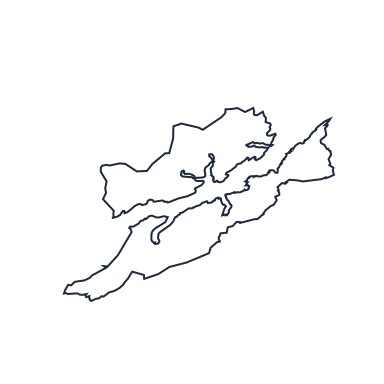 the district of Høyanger nor, Sogn og Fjordane, Norway, rotated 160°
{"feature_id": "86288312B43013877276358", "entity_name": "Høyanger nor", "entity_type": "district", "adm_level": 2, "iso_a3": "NOR", "parent_name": "Norway", "parent_adm1": "Sogn og Fjordane", "projection": "natural_earth1", "projection_center": [5.813, 61.125], "detail": "fine", "context": "isolated", "style": "outline", "palette": "slate", "viewbox_px": 384, "rotation_deg": 160, "n_neighbors": 0, "source": "geoboundaries", "source_scale": "gbopen_adm2", "svg_char_len": 6076}
<svg xmlns="http://www.w3.org/2000/svg" viewBox="0 0 384 384"><g transform="rotate(160 192 192)"><path d="M52.7,159.6L52.3,164.1L50.8,166.4L53.8,170.3L52.4,171.2L52.4,176.2L48.8,179.2L48.2,180.4L48.4,181.4L47.9,183.0L48.5,183.1L49.1,184.6L49.1,185.9L50.5,186.2L51.3,190.6L54.1,194.0L53.4,196.8L48.3,198.5L46.3,199.8L45.2,206.4L42.0,207.9L41.6,208.7L44.3,209.4L38.9,212.0L37.0,213.5L43.3,212.9L52.2,210.0L53.8,209.1L53.5,208.8L54.1,207.9L58.6,206.7L59.6,205.7L61.0,205.2L62.8,203.3L66.9,201.9L68.2,202.2L68.6,201.8L68.2,201.7L68.3,201.3L69.7,200.8L70.2,199.8L71.6,199.7L73.7,201.1L75.1,201.2L79.0,200.2L82.1,197.9L82.4,198.6L84.0,198.5L85.9,197.1L84.9,196.5L87.2,196.3L87.8,196.0L86.9,196.1L86.6,195.6L89.7,195.6L89.5,195.4L90.8,194.6L91.1,193.3L92.7,192.7L93.8,191.3L94.5,191.8L95.0,191.1L96.5,190.5L97.1,189.3L98.6,188.7L98.4,188.2L99.0,187.9L98.6,187.7L100.5,186.9L101.9,185.3L103.6,184.8L103.8,183.2L105.1,180.8L107.1,181.7L107.7,183.9L108.4,184.7L111.3,185.8L113.2,185.1L112.5,185.1L113.1,184.7L112.5,184.1L113.0,183.9L113.3,184.6L115.4,182.8L117.0,182.5L118.7,183.2L122.0,183.0L125.2,184.4L125.6,185.1L127.5,185.0L127.1,185.3L131.9,186.8L133.2,186.5L133.8,186.2L133.5,185.9L135.5,185.3L136.3,184.2L138.2,183.7L136.2,182.2L137.7,181.6L137.6,180.9L138.6,180.3L137.8,180.3L138.1,179.3L136.9,179.1L136.1,177.9L137.3,176.7L137.4,175.9L138.9,175.1L141.7,175.4L141.9,176.3L143.9,175.4L147.2,175.3L150.1,176.5L152.3,176.5L152.8,176.9L152.6,177.3L157.6,177.2L158.5,177.8L161.5,178.1L162.0,177.0L161.5,176.4L161.8,175.6L161.5,175.2L161.9,174.9L161.7,172.8L160.8,171.3L160.3,167.3L159.6,166.5L159.5,165.6L160.2,164.4L163.7,162.1L164.5,160.0L166.7,158.5L166.7,158.9L168.4,158.8L168.2,159.3L169.3,159.6L171.6,159.7L167.3,165.2L165.0,166.9L165.9,169.0L166.8,169.1L167.6,170.8L167.6,174.5L167.0,175.8L167.3,176.4L168.7,176.5L167.9,177.4L168.8,177.0L169.2,177.8L171.7,177.8L173.6,176.8L173.3,176.4L173.6,176.2L175.1,176.5L176.2,175.6L178.1,175.5L181.0,176.4L181.0,178.0L181.8,178.3L186.5,178.1L189.0,177.0L193.4,177.2L195.8,176.7L196.6,177.1L197.3,176.6L200.9,177.7L208.2,175.9L210.2,176.4L211.1,175.1L212.4,175.2L215.2,173.9L216.6,174.0L220.1,170.4L223.8,168.5L236.5,165.0L237.8,164.1L239.7,160.4L239.4,157.2L239.8,156.2L241.6,155.2L244.4,155.8L244.3,156.3L245.2,156.9L245.2,157.4L244.8,157.5L245.5,157.8L246.4,159.6L246.5,160.9L244.9,165.4L243.4,168.0L241.5,169.4L238.6,170.5L227.4,172.8L223.4,176.7L226.7,178.9L231.8,179.4L234.0,180.2L237.8,183.5L240.5,183.9L244.3,182.3L245.1,182.4L245.2,183.0L248.2,182.0L250.2,182.4L252.9,180.6L258.9,179.6L262.3,180.6L263.3,179.5L262.4,178.6L262.4,175.0L283.3,157.9L296.7,150.9L300.2,152.5L298.6,150.2L314.5,147.8L317.0,146.4L320.8,145.9L323.7,145.8L333.0,147.7L337.4,145.6L340.1,147.1L345.0,143.0L347.0,140.4L345.2,140.2L343.5,138.6L334.4,136.0L332.8,134.2L330.5,132.9L326.1,132.2L327.5,131.3L327.3,129.3L324.1,129.3L324.9,127.7L324.5,126.4L325.0,125.6L324.0,124.1L318.9,124.5L315.7,123.9L312.8,125.0L310.8,124.0L304.2,126.0L298.7,125.6L292.6,126.7L287.8,128.7L286.7,129.9L282.0,132.4L275.4,137.6L265.6,130.5L266.6,126.7L251.6,126.4L239.0,129.3L221.3,127.6L196.9,128.7L193.5,133.3L185.3,136.4L183.0,135.8L182.6,136.4L183.1,137.9L182.7,139.2L181.9,140.8L180.7,141.5L179.4,143.4L173.3,141.9L170.5,146.6L165.4,146.1L160.3,148.7L157.2,147.4L157.4,146.5L142.8,145.1L139.4,144.2L134.6,146.2L131.5,146.7L132.9,146.9L129.2,149.6L122.7,151.9L119.5,152.0L115.2,155.4L115.4,159.0L111.0,159.4L110.2,162.0L110.8,163.9L110.0,164.0L109.8,165.4L110.1,167.2L104.5,169.6L101.3,167.8L99.7,168.5L100.3,169.2L96.3,170.2L89.0,166.9L84.2,164.0L65.9,159.8L61.4,160.0L61.5,159.3L58.4,159.1L52.7,159.6ZM105.7,250.0L114.7,249.0L120.6,255.4L125.4,256.2L132.2,258.2L133.4,255.4L134.4,254.4L138.9,252.2L160.6,246.8L163.7,250.2L178.5,259.9L187.0,260.1L191.5,248.6L200.1,236.3L204.1,237.5L219.6,231.9L227.1,227.2L236.8,230.2L245.0,241.2L250.5,243.7L260.2,245.0L263.2,246.8L267.5,247.4L269.4,245.9L270.8,242.3L268.6,231.3L272.3,225.1L273.0,220.7L278.1,215.7L271.9,201.0L273.2,198.9L274.3,195.1L276.1,194.9L271.1,194.4L267.4,195.0L263.6,197.8L262.1,197.4L262.6,195.1L259.3,195.2L250.1,198.5L246.6,198.9L244.4,198.3L243.3,196.7L239.3,196.4L238.3,196.6L236.6,198.7L234.9,199.2L233.5,199.0L231.6,197.6L231.4,196.1L231.0,195.8L222.8,194.2L221.5,193.1L221.5,192.3L219.0,191.5L218.7,190.6L217.7,190.3L206.9,190.6L197.6,189.6L189.3,190.2L187.9,192.0L188.2,193.7L187.9,194.3L180.8,195.2L178.2,196.5L177.3,198.0L178.1,198.8L182.7,200.2L184.7,201.5L185.0,203.2L184.0,204.0L186.4,204.5L186.9,205.9L195.4,209.7L196.6,211.4L196.2,212.6L195.3,213.2L195.3,214.1L194.9,214.8L192.8,215.1L192.2,214.2L192.9,213.2L192.7,211.5L188.2,210.0L185.4,207.6L184.3,205.9L184.6,204.3L177.2,202.0L175.0,202.0L173.8,202.9L172.6,208.4L171.1,210.3L167.5,211.4L165.7,212.7L161.7,214.2L162.0,214.2L162.0,216.5L163.6,220.0L162.9,221.5L160.2,220.6L159.5,218.2L159.8,216.3L161.3,214.1L160.8,213.0L161.7,212.8L162.7,211.6L163.4,209.5L166.4,207.8L167.5,203.6L167.4,202.3L167.7,201.4L168.3,201.1L166.7,198.9L167.1,198.3L166.8,197.6L167.9,196.7L167.5,195.7L168.3,194.7L167.5,193.7L166.3,193.5L165.1,194.1L164.2,193.6L164.1,192.6L162.3,191.5L159.3,191.4L157.7,192.0L156.2,193.4L155.1,193.4L152.2,194.9L152.1,195.6L154.2,197.0L153.0,198.4L148.8,198.8L141.8,201.0L140.9,202.2L139.1,202.7L136.1,202.1L134.9,202.9L131.9,203.5L128.5,205.4L127.7,205.2L127.3,204.5L128.0,203.8L127.8,202.4L121.3,203.8L120.6,203.3L120.5,202.4L121.7,201.3L120.9,199.9L116.2,200.4L111.5,202.5L110.9,204.1L107.9,205.4L105.1,207.6L104.1,207.6L106.8,208.1L109.9,209.4L110.2,210.0L113.4,210.9L116.8,212.7L117.3,213.7L118.3,214.4L120.1,214.2L123.6,215.1L123.6,216.0L125.0,217.1L124.8,217.6L117.7,218.1L116.5,216.2L114.6,216.1L111.4,214.2L108.7,213.7L106.7,211.3L103.7,210.1L103.0,209.3L103.0,208.3L102.1,208.1L100.3,208.6L101.5,209.4L100.7,211.1L98.0,213.2L96.6,215.5L93.9,216.8L93.7,218.2L99.6,218.3L101.2,218.9L101.9,219.8L101.5,221.5L97.3,223.7L96.7,224.9L97.1,226.1L95.0,228.1L95.1,229.7L98.9,232.5L97.2,236.2L98.1,238.9L98.0,243.2L104.6,241.9L107.0,243.0L107.2,244.5L106.1,246.1L105.7,250.0Z" fill="none" stroke="#1e293b" stroke-width="2"/></g></svg>